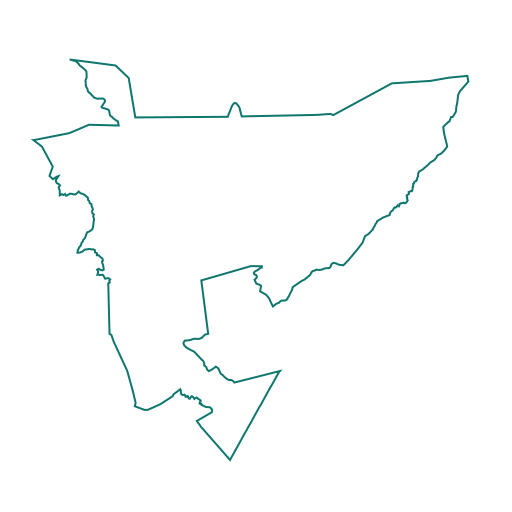 the district of San Andrés Cabecera Nueva, Oaxaca, Mexico, rotated 358°
{"feature_id": "50627088B54059614854517", "entity_name": "San Andrés Cabecera Nueva", "entity_type": "district", "adm_level": 2, "iso_a3": "MEX", "parent_name": "Mexico", "parent_adm1": "Oaxaca", "projection": "mercator", "projection_center": [-97.793, 16.825], "detail": "fine", "context": "isolated", "style": "outline", "palette": "teal", "viewbox_px": 512, "rotation_deg": 358, "n_neighbors": 0, "source": "geoboundaries", "source_scale": "gbopen_adm2", "svg_char_len": 5831}
<svg xmlns="http://www.w3.org/2000/svg" viewBox="0 0 512 512"><g transform="rotate(358 256 256)"><path d="M139.2,405.9L142.4,406.0L144.9,405.0L155.0,400.9L167.7,393.3L168.9,391.2L174.8,387.2L175.6,386.5L176.2,387.7L176.1,389.1L176.3,391.1L176.9,391.8L177.7,392.4L179.8,392.1L180.4,393.1L180.6,394.2L181.2,394.4L182.3,393.7L182.9,393.5L183.2,394.0L183.2,394.7L183.6,395.4L184.2,396.3L184.9,396.3L185.4,395.6L185.9,394.9L186.3,394.3L187.0,393.8L187.5,394.3L188.2,394.9L188.9,395.7L189.4,396.7L190.4,395.9L191.1,395.7L191.9,395.4L192.8,396.4L193.7,397.1L194.8,397.8L195.7,398.5L195.2,399.6L194.7,400.3L194.5,401.4L195.1,402.0L196.2,401.7L196.3,402.4L196.5,403.0L197.4,403.3L198.1,403.9L199.3,404.4L200.3,405.0L201.2,405.3L202.2,405.3L203.0,405.4L203.5,405.5L204.9,405.6L205.5,406.4L205.9,407.0L206.3,407.4L206.8,408.4L206.7,409.4L206.4,410.6L191.1,418.8L195.4,425.2L222.9,458.9L226.2,453.5L239.8,430.8L242.6,426.2L246.0,420.7L249.2,415.2L253.9,407.4L254.5,406.6L256.9,402.7L259.8,397.7L260.9,396.0L261.8,394.4L263.9,390.9L264.4,390.0L268.2,384.0L274.6,373.3L275.9,371.8L230.0,381.7L228.6,380.0L227.0,379.1L224.6,379.0L222.5,377.7L221.0,376.5L219.8,375.3L218.5,373.7L216.8,372.6L216.0,371.0L214.9,368.0L213.6,366.2L211.9,365.2L210.5,366.3L207.0,368.5L204.6,369.4L203.0,367.4L202.6,365.7L201.7,364.6L200.4,363.6L200.6,361.6L199.5,358.8L198.3,357.9L196.0,355.3L194.8,353.9L194.4,353.5L192.7,351.5L190.8,349.4L187.6,347.7L185.8,346.7L183.0,344.8L181.0,342.6L180.4,340.4L181.8,338.1L185.8,337.9L187.4,337.7L188.9,337.2L189.7,337.0L191.4,336.5L193.2,336.7L194.8,336.8L196.9,336.7L199.1,335.8L200.8,334.1L202.3,332.8L205.5,332.1L200.5,278.5L250.6,265.9L261.5,266.5L261.3,267.8L260.4,267.8L257.5,269.9L254.2,271.5L253.2,273.0L253.8,274.3L255.6,275.1L256.2,276.6L255.7,277.9L253.7,279.7L255.4,283.7L258.0,284.6L260.0,286.0L258.9,291.4L263.1,294.1L264.9,295.2L265.0,295.3L267.7,298.9L268.7,301.4L269.3,302.9L270.1,304.7L271.1,307.0L272.1,306.3L274.1,304.8L275.7,304.0L277.4,303.5L278.0,302.7L279.8,301.5L282.0,301.5L283.9,301.4L285.6,300.4L286.3,298.7L287.5,297.4L288.4,295.4L289.8,292.8L290.9,291.1L291.6,288.4L300.8,282.5L303.4,281.4L306.6,279.0L309.4,276.8L311.0,274.1L312.2,272.9L314.0,272.7L315.9,271.7L317.6,272.1L319.3,272.1L321.6,271.9L323.7,270.9L325.8,270.7L328.8,270.6L330.2,269.3L331.1,266.8L333.2,265.5L336.3,266.4L338.3,267.6L339.8,267.8L342.2,268.2L342.9,268.4L348.2,263.4L353.3,257.7L357.2,253.4L362.9,246.5L365.7,239.9L369.1,238.0L371.9,235.3L373.5,233.8L374.5,231.6L375.5,230.5L376.4,228.5L377.8,226.7L378.3,225.4L379.8,224.6L384.3,222.0L391.0,219.7L391.7,217.2L392.4,216.5L393.1,215.8L394.0,215.4L394.9,214.1L395.9,212.5L396.5,212.2L396.9,212.5L398.0,212.1L398.6,211.3L399.2,210.4L399.6,210.7L400.5,211.3L400.7,210.6L401.2,210.0L401.2,209.1L401.8,208.8L402.4,208.4L402.8,208.5L404.0,208.1L404.5,208.2L405.3,207.8L406.3,208.4L407.4,208.4L408.2,207.6L409.6,205.6L409.1,204.7L409.1,204.0L408.8,203.6L408.8,203.2L409.3,202.6L409.1,202.0L408.6,201.3L408.8,200.6L410.1,199.9L410.8,199.6L411.1,199.0L410.9,198.3L410.8,197.4L412.0,197.0L413.2,196.4L413.9,196.7L414.2,196.3L414.6,195.3L414.9,194.1L415.0,193.2L414.9,192.5L415.5,192.2L415.5,191.0L415.5,190.6L415.5,190.4L415.7,189.9L415.6,189.5L416.2,189.3L416.5,188.9L416.7,187.7L417.4,187.2L418.5,186.8L418.6,186.2L419.2,186.0L419.6,185.2L419.7,184.1L420.7,181.9L421.0,179.0L421.4,178.3L421.9,177.4L425.5,175.4L431.7,170.4L433.4,168.6L434.4,168.1L437.6,166.3L439.7,164.0L440.6,162.0L441.9,161.3L444.3,160.3L447.6,157.4L450.8,153.5L450.9,153.2L450.3,149.9L448.2,139.9L447.6,133.6L450.6,130.7L451.9,129.7L452.9,128.7L454.0,128.3L454.1,128.2L454.4,127.4L455.7,124.0L457.2,124.0L457.4,124.0L460.8,118.8L461.6,112.8L462.1,111.8L463.1,105.9L463.1,105.5L463.3,104.3L463.6,102.4L464.2,100.9L465.8,98.2L474.3,89.1L473.5,83.4L455.1,84.5L436.3,87.1L397.8,88.2L338.1,117.9L335.4,116.6L321.3,117.1L246.6,116.0L245.7,112.1L245.1,109.3L244.7,107.3L243.8,105.6L241.8,102.9L239.8,102.2L238.3,103.8L237.1,105.4L236.0,108.1L235.3,109.7L234.5,111.6L233.6,113.3L232.7,115.9L147.3,113.5L140.2,113.3L135.0,73.7L122.3,60.7L76.6,53.1L82.3,54.9L83.4,55.7L85.2,57.4L86.3,59.3L88.1,60.8L88.8,61.3L89.6,62.0L91.3,63.6L92.0,64.3L92.9,65.6L93.0,67.3L93.0,69.6L93.0,71.6L91.7,74.6L91.9,76.6L91.8,78.7L92.0,80.4L92.6,81.8L93.3,83.0L93.6,84.6L93.8,85.6L94.3,86.1L95.1,87.1L96.1,87.7L97.0,89.0L98.3,90.3L99.9,92.2L103.2,93.3L107.9,93.2L109.2,93.6L110.4,94.9L110.4,96.5L106.8,101.6L107.5,102.5L112.8,104.2L114.2,105.3L114.9,109.9L115.5,111.0L116.9,111.8L117.6,112.9L120.5,115.3L122.7,116.7L123.3,120.8L93.7,119.0L73.7,126.7L37.9,132.4L37.7,132.4L45.9,139.2L56.0,159.6L52.4,168.8L55.8,172.2L57.4,171.1L59.5,169.9L61.3,169.3L60.0,171.2L58.6,173.1L58.7,174.7L59.4,176.2L61.4,177.2L62.6,178.6L61.2,180.4L61.6,182.4L62.2,184.0L62.1,186.4L62.0,188.5L64.2,187.4L65.7,188.3L67.3,187.4L68.4,189.2L70.4,188.2L72.3,187.2L74.6,187.6L76.2,188.2L77.7,188.1L79.4,187.0L81.0,185.4L82.9,187.2L85.2,188.0L87.2,189.2L90.0,191.9L90.1,194.0L91.3,195.3L91.7,197.4L93.4,198.4L93.4,200.3L94.2,202.1L94.6,203.7L93.8,205.4L93.9,207.4L95.4,208.9L94.6,210.7L95.5,213.4L95.0,215.3L94.8,217.2L94.2,220.9L93.5,223.4L91.6,224.9L90.0,225.8L88.2,226.4L87.2,228.2L86.4,230.5L85.5,232.3L83.8,234.1L83.4,235.6L82.2,236.7L81.2,239.5L79.6,241.1L79.0,242.5L78.0,244.2L77.9,245.4L77.7,246.5L80.0,246.4L82.8,245.5L84.8,243.7L86.7,243.5L89.9,243.1L91.8,243.7L93.4,243.6L95.2,244.5L95.2,246.7L97.2,247.7L97.0,249.7L98.7,249.7L100.3,251.5L102.4,253.1L102.8,255.2L101.9,256.3L102.2,257.9L102.8,259.5L103.2,262.2L103.3,264.5L101.9,265.0L100.4,264.6L98.1,263.2L96.7,264.2L97.8,265.8L97.4,267.6L96.8,269.2L99.9,269.5L102.3,269.5L103.2,270.9L104.4,273.4L107.6,272.9L109.5,274.3L108.5,275.7L108.9,277.4L107.4,278.2L106.9,328.7L108.7,329.8L110.9,336.9L123.3,366.3L128.3,387.2L130.6,398.6L129.6,401.9L139.2,405.9Z" fill="none" stroke="#0f766e" stroke-width="2"/></g></svg>